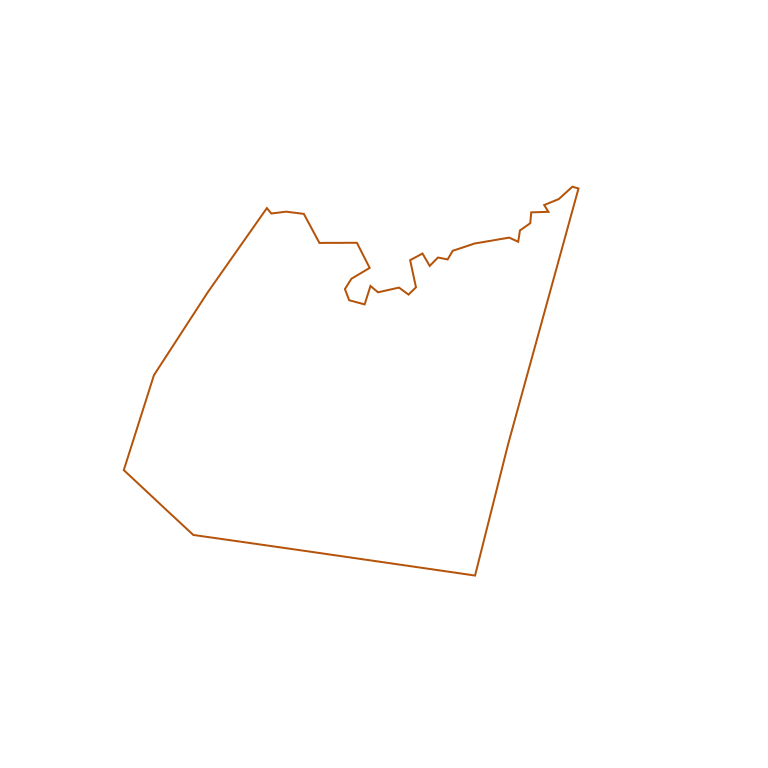 the district of Comal, Texas, United States of America, rotated 149°
{"feature_id": "52423323B34146067891906", "entity_name": "Comal", "entity_type": "district", "adm_level": 2, "iso_a3": "USA", "parent_name": "United States of America", "parent_adm1": "Texas", "projection": "orthographic", "projection_center": [-98.378, 29.816], "detail": "fine", "context": "isolated", "style": "outline", "palette": "amber", "viewbox_px": 768, "rotation_deg": 149, "n_neighbors": 0, "source": "geoboundaries", "source_scale": "gbopen_adm2", "svg_char_len": 694}
<svg xmlns="http://www.w3.org/2000/svg" viewBox="0 0 768 768"><g transform="rotate(149 384 384)"><path d="M116.6,451.4L120.9,456.1L138.9,452.5L154.5,454.9L154.4,446.9L169.4,455.3L175.8,446.5L188.4,445.6L195.7,436.8L201.3,445.0L234.1,457.8L256.5,462.8L265.3,458.0L272.6,464.6L284.0,461.7L283.8,476.0L297.8,476.7L306.8,450.4L316.9,448.0L321.5,458.9L341.9,465.7L345.1,475.0L359.6,462.2L370.7,473.7L368.6,485.5L357.7,491.0L336.5,490.9L334.5,519.0L366.7,538.2L365.1,571.1L379.1,582.1L392.8,588.2L393.8,595.1L487.6,553.5L576.6,510.1L649.8,445.6L651.4,444.2L638.1,397.6L635.2,387.4L625.2,352.8L550.2,291.8L404.6,172.9L308.6,268.5L116.6,451.4Z" fill="none" stroke="#b45309" stroke-width="2"/></g></svg>